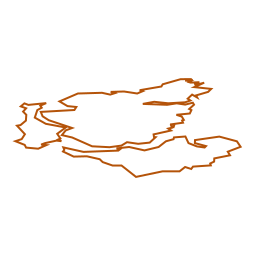 the district of Tjeldsund nor, Nordland, Norway, rotated 180°
{"feature_id": "86288312B94702681329617", "entity_name": "Tjeldsund nor", "entity_type": "district", "adm_level": 2, "iso_a3": "NOR", "parent_name": "Norway", "parent_adm1": "Nordland", "projection": "equal_earth", "projection_center": [16.297, 68.509], "detail": "medium", "context": "isolated", "style": "outline", "palette": "amber", "viewbox_px": 256, "rotation_deg": 180, "n_neighbors": 0, "source": "geoboundaries", "source_scale": "gbopen_adm2", "svg_char_len": 1882}
<svg xmlns="http://www.w3.org/2000/svg" viewBox="0 0 256 256"><g transform="rotate(180 128 128)"><path d="M163.9,109.7L146.5,108.8L134.6,110.4L129.0,113.8L117.8,112.2L106.3,113.4L100.4,118.8L102.0,119.0L102.4,121.6L85.0,125.5L87.7,127.4L84.0,128.3L84.6,129.8L82.4,129.0L81.5,131.6L85.9,131.5L73.0,133.3L73.9,135.5L72.2,136.1L74.2,139.4L79.6,141.2L66.2,142.5L64.6,145.9L66.8,147.0L62.0,151.3L63.2,153.3L70.8,151.4L77.5,152.4L76.5,153.1L88.9,151.2L113.2,152.1L101.8,154.2L87.7,152.7L70.9,153.7L65.6,155.5L68.3,157.3L63.9,161.4L58.8,158.5L59.9,160.6L47.9,164.1L44.8,167.1L61.7,168.9L51.8,173.3L60.5,171.0L61.2,172.6L56.6,173.8L65.5,173.4L67.1,173.9L65.0,175.1L70.9,175.4L63.3,176.0L65.9,176.4L64.3,176.9L75.4,176.8L93.3,171.7L94.6,169.5L116.3,165.8L113.3,164.8L118.8,162.5L132.0,164.5L145.3,164.1L141.3,162.8L145.8,161.4L154.0,163.2L178.1,162.5L196.5,154.6L188.5,149.9L179.7,149.0L181.6,146.0L215.2,144.1L213.4,139.7L207.3,135.8L183.9,128.0L190.3,125.6L194.1,120.9L183.8,118.5L163.9,109.7ZM192.7,108.6L191.7,106.2L193.0,104.5L182.3,99.4L169.1,99.7L156.3,96.8L153.3,93.9L143.5,90.5L134.5,90.5L120.0,79.1L93.3,84.7L76.4,84.7L70.9,89.0L64.8,87.0L63.0,89.4L45.2,90.6L45.8,92.5L41.9,94.4L41.7,97.6L26.0,100.7L28.2,104.3L15.4,109.2L19.1,114.7L36.7,119.4L61.0,115.9L61.1,112.9L50.0,109.9L51.4,108.5L59.1,109.6L67.5,112.9L70.6,119.5L82.0,118.6L82.5,116.8L90.1,114.7L97.4,109.0L111.5,105.6L126.9,109.0L139.5,107.6L135.9,106.8L137.7,105.4L172.5,104.1L192.7,108.6ZM240.6,114.8L231.3,111.1L229.9,108.4L217.8,107.3L209.6,110.9L214.9,111.4L210.9,112.9L199.5,115.4L194.6,114.8L197.8,116.5L195.6,117.5L198.8,122.2L190.3,128.5L210.2,132.2L221.2,138.4L218.7,145.9L214.3,148.3L215.7,150.3L209.8,152.9L227.6,151.1L231.6,152.6L235.2,149.6L229.9,147.7L232.9,144.4L229.7,141.2L230.1,135.4L235.5,130.9L239.0,130.3L231.1,121.8L234.3,116.9L240.6,114.8Z" fill="none" stroke="#b45309" stroke-width="2"/></g></svg>